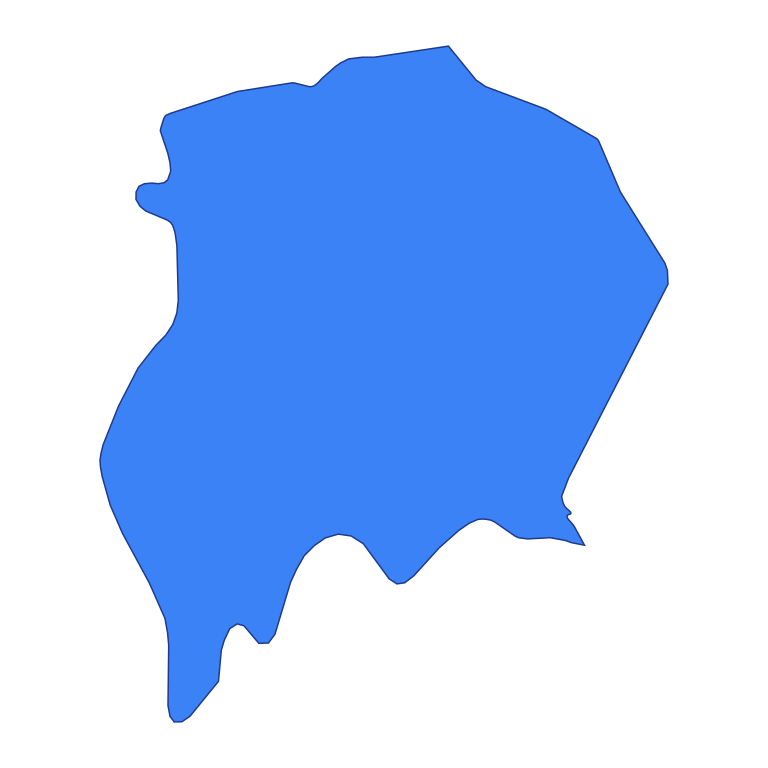 SVG path tracing the border of Gezira
{"feature_id": "SDN-875", "entity_name": "Gezira", "entity_type": "State", "adm_level": 1, "iso_a3": "SDN", "parent_name": "Sudan", "parent_adm1": "", "projection": "robinson", "projection_center": [33.161, 14.479], "detail": "fine", "context": "isolated", "style": "filled", "palette": "blue", "viewbox_px": 768, "rotation_deg": 0, "n_neighbors": 0, "source": "natural_earth", "source_scale": "10m", "svg_char_len": 1602}
<svg xmlns="http://www.w3.org/2000/svg" viewBox="0 0 768 768"><path d="M311.1,86.7L313.5,86.1L316.7,83.9L318.5,82.3L322.1,78.3L335.6,66.4L340.9,62.7L348.7,58.9L362.4,57.2L374.3,57.2L448.4,46.1L476.0,80.0L485.7,86.7L546.0,109.3L596.8,138.7L597.9,139.9L598.8,141.3L620.4,192.0L664.9,263.1L667.4,270.5L668.0,284.1L568.6,478.0L561.6,496.3L562.9,502.4L564.6,506.2L566.9,508.8L568.8,510.3L570.6,512.1L570.9,513.2L570.5,514.0L568.0,514.8L567.3,515.4L567.0,516.9L567.8,518.7L572.9,524.5L574.5,526.9L584.5,545.2L571.7,542.7L565.0,540.4L550.2,537.7L527.6,538.9L518.9,537.8L515.2,536.2L494.7,522.0L490.8,520.1L486.2,519.3L482.0,519.0L477.6,519.5L469.4,523.1L458.8,530.4L439.2,547.8L413.9,575.7L404.7,582.8L396.9,583.9L389.2,578.9L363.3,543.7L351.2,536.0L338.3,534.1L325.3,537.9L314.4,545.5L304.3,555.6L296.5,569.3L290.5,582.5L275.0,634.1L268.5,643.0L258.8,643.3L243.9,625.7L237.1,623.9L229.7,628.7L224.3,640.2L221.3,650.2L218.5,681.3L190.0,716.2L181.8,721.8L174.2,721.9L170.0,716.4L168.0,705.5L168.7,645.4L167.6,633.0L165.0,618.5L149.4,583.1L122.4,533.2L110.2,505.1L102.3,476.9L100.5,467.2L100.0,460.3L101.0,453.4L103.1,444.8L118.4,406.4L138.1,368.0L155.9,345.3L165.8,335.1L172.8,324.5L176.8,313.2L178.3,300.5L176.9,245.9L175.1,232.8L172.8,225.5L170.5,222.3L167.1,220.0L145.7,211.0L140.0,206.3L136.0,199.4L136.1,192.0L139.0,186.3L144.4,183.7L151.7,183.1L158.4,183.7L164.2,182.7L167.7,179.8L170.7,171.3L170.0,162.8L167.8,153.2L160.3,130.7L161.1,127.1L163.9,118.4L164.9,116.6L166.2,115.2L170.8,113.2L237.4,91.5L292.4,82.8L294.5,83.0L309.0,86.6L311.1,86.7Z" fill="#3b82f6" stroke="#1e3a8a" stroke-width="1.5"/></svg>